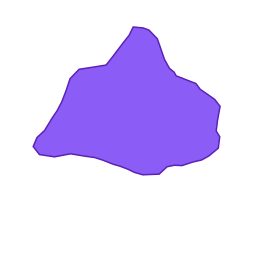 outline of Kakopetria, Nicosia, Cyprus, rotated 227°
{"feature_id": "46923920B80609054396383", "entity_name": "Kakopetria", "entity_type": "district", "adm_level": 2, "iso_a3": "CYP", "parent_name": "Cyprus", "parent_adm1": "Nicosia", "projection": "equal_earth", "projection_center": [32.895, 34.968], "detail": "fine", "context": "isolated", "style": "filled", "palette": "violet", "viewbox_px": 256, "rotation_deg": 227, "n_neighbors": 0, "source": "geoboundaries", "source_scale": "gbopen_adm2", "svg_char_len": 842}
<svg xmlns="http://www.w3.org/2000/svg" viewBox="0 0 256 256"><g transform="rotate(227 128 128)"><path d="M179.1,46.0L169.0,45.1L157.0,54.6L148.3,68.4L137.0,77.1L129.0,83.6L121.0,88.0L111.7,92.4L105.7,96.0L98.4,99.6L91.0,102.5L83.7,106.9L73.0,119.3L73.0,130.2L69.0,136.7L63.7,141.8L59.0,152.0L54.4,160.0L52.4,168.0L51.7,180.3L55.2,184.5L59.0,189.1L65.7,190.5L69.2,194.7L72.4,198.5L74.9,201.9L76.0,203.3L81.0,210.1L89.7,210.9L97.0,209.4L107.0,207.2L114.3,208.0L117.7,206.3L123.5,203.5L133.3,198.8L137.4,199.8L143.3,199.0L153.1,201.4L154.3,201.9L173.2,210.3L185.4,210.1L187.6,209.0L191.0,207.2L198.3,200.7L197.8,199.3L195.0,192.0L193.6,182.5L190.3,163.6L189.0,154.9L196.3,144.0L204.3,132.3L203.6,119.3L197.6,108.3L192.3,97.4L189.0,88.0L187.0,79.3L183.1,65.3L183.1,54.9L179.1,46.0Z" fill="#8b5cf6" stroke="#5b21b6" stroke-width="1.5"/></g></svg>